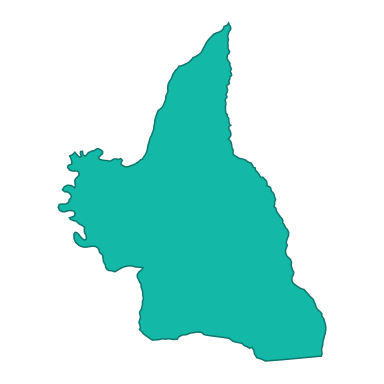 outline of Alto Taquari, Mato Grosso, Brazil
{"feature_id": "56859067B17966611990253", "entity_name": "Alto Taquari", "entity_type": "district", "adm_level": 2, "iso_a3": "BRA", "parent_name": "Brazil", "parent_adm1": "Mato Grosso", "projection": "robinson", "projection_center": [-53.322, -17.773], "detail": "fine", "context": "isolated", "style": "filled", "palette": "teal", "viewbox_px": 384, "rotation_deg": 0, "n_neighbors": 0, "source": "geoboundaries", "source_scale": "gbopen_adm2", "svg_char_len": 5137}
<svg xmlns="http://www.w3.org/2000/svg" viewBox="0 0 384 384"><path d="M230.9,339.7L232.8,341.1L234.5,341.8L241.9,343.3L244.4,345.6L247.0,346.7L249.5,348.2L251.8,347.3L252.7,348.8L253.9,350.3L254.4,353.6L255.9,356.1L256.8,357.7L262.0,359.3L265.3,361.0L275.9,360.2L278.7,360.0L290.2,359.0L321.4,356.1L322.1,353.5L321.5,349.9L322.0,347.5L322.7,345.2L322.8,342.9L323.2,340.4L323.9,338.3L324.4,335.7L325.2,333.8L325.4,331.9L325.7,330.0L325.8,327.7L325.4,324.4L324.6,321.7L323.9,319.0L322.8,317.6L321.7,315.9L321.9,313.8L320.5,312.0L318.8,310.6L316.8,308.5L315.8,306.3L315.4,304.3L314.3,302.4L313.4,299.6L311.6,297.7L310.3,296.7L308.9,295.1L307.5,293.3L305.6,291.3L304.1,289.6L302.0,288.9L299.9,288.1L296.6,285.9L294.8,284.5L293.0,283.0L291.9,280.6L291.9,277.5L293.4,274.8L293.8,272.1L292.4,269.8L291.8,267.8L291.2,265.3L291.5,262.4L290.6,259.7L289.3,258.3L287.7,256.9L286.6,255.6L285.6,252.8L285.7,249.6L286.5,247.6L287.3,245.2L286.2,242.8L286.6,240.7L287.3,238.6L288.6,235.3L288.6,232.1L287.3,229.5L285.9,228.0L284.7,226.0L283.8,224.1L282.6,222.9L282.9,220.6L282.1,218.8L280.5,217.1L279.1,215.0L278.0,213.4L276.5,211.3L275.8,208.1L274.1,206.6L274.6,204.3L274.8,201.5L275.6,199.1L274.5,197.0L274.3,195.0L273.0,192.7L271.3,191.0L270.7,187.8L269.4,186.6L267.2,185.9L266.9,183.2L266.4,181.0L264.8,179.3L262.9,177.2L260.9,177.4L259.7,175.8L258.9,174.3L257.5,172.3L255.4,169.9L255.2,167.9L253.4,167.4L252.5,165.1L250.8,162.8L248.6,162.3L246.4,160.7L244.8,159.7L242.4,159.0L239.0,158.2L236.6,156.6L235.0,155.8L233.4,154.5L232.9,152.3L233.2,150.0L232.0,147.8L231.6,144.7L231.1,142.3L230.1,140.5L228.2,139.2L229.7,137.4L230.8,135.6L230.9,133.6L230.1,130.7L228.5,128.4L229.2,126.4L230.7,125.4L229.4,123.9L229.0,122.1L228.7,119.8L228.6,118.0L227.2,116.6L227.4,114.6L225.8,113.0L225.5,110.4L225.5,108.1L225.4,106.3L225.9,104.4L225.7,101.9L225.1,100.1L225.9,98.4L227.1,97.1L225.9,94.6L227.0,92.4L227.6,90.5L227.1,88.4L226.7,85.4L229.4,83.8L228.8,80.7L229.8,79.2L229.9,77.0L231.7,75.3L231.2,73.4L230.2,71.1L231.4,69.1L230.8,67.5L229.8,65.5L230.0,63.3L228.5,61.1L227.0,58.6L227.5,54.8L229.1,53.1L229.6,51.3L228.5,49.7L228.0,47.7L228.1,45.2L227.7,42.5L228.5,39.9L227.9,37.6L227.7,35.8L228.6,32.6L229.5,31.0L230.8,29.1L230.4,26.5L229.2,24.7L228.6,23.0L226.8,25.4L224.1,26.5L223.2,29.0L221.4,30.8L219.3,32.0L216.9,32.7L213.7,34.2L210.7,37.3L208.4,39.9L206.5,42.4L205.1,45.3L203.7,47.5L202.7,49.7L201.3,52.3L199.4,54.2L194.9,57.1L193.3,57.3L191.6,59.6L189.3,61.8L187.7,63.0L183.8,64.8L181.3,65.9L179.0,66.1L177.7,68.3L175.4,70.5L173.9,72.8L172.9,74.4L171.4,78.4L169.0,82.2L168.2,84.1L167.7,87.2L167.9,91.3L167.4,93.0L165.9,96.1L165.6,99.8L164.4,102.9L163.5,104.8L162.7,106.6L160.7,108.7L158.0,110.8L156.0,116.1L154.8,120.5L154.7,123.0L154.0,125.8L153.7,129.4L152.7,132.0L151.7,134.9L150.5,137.1L149.6,139.7L149.2,141.5L148.6,143.3L147.9,145.8L147.3,149.6L146.5,152.2L144.8,155.6L143.4,157.5L142.1,159.4L140.4,159.9L138.5,161.9L133.9,164.7L130.9,165.6L128.3,166.7L125.8,166.9L123.5,166.0L121.0,164.5L121.2,162.4L122.4,160.3L120.8,158.6L118.1,159.5L116.3,158.9L113.9,159.0L110.2,161.2L107.0,160.6L104.1,160.4L101.6,159.9L99.0,159.2L99.0,157.0L102.6,153.5L102.6,151.5L101.0,150.0L98.0,148.6L96.4,149.0L94.5,150.6L91.6,151.2L88.6,152.4L87.0,154.4L85.3,156.1L83.0,154.9L82.5,151.3L80.6,151.5L80.3,153.4L81.4,156.7L79.4,157.1L76.7,154.6L74.9,152.2L72.9,154.4L71.4,155.2L69.6,155.9L71.0,158.8L71.7,161.2L71.7,164.0L68.1,165.5L67.7,167.6L69.6,170.1L71.4,170.8L73.1,171.1L75.5,171.0L77.4,171.1L78.8,172.1L79.0,175.3L77.2,177.2L75.8,178.5L74.7,180.5L75.4,186.3L74.5,187.8L71.6,185.6L67.6,185.2L65.8,185.9L64.1,187.0L62.4,189.7L64.6,191.8L66.7,191.7L69.1,192.8L71.0,195.3L71.3,197.5L69.1,199.9L68.9,202.0L66.1,204.0L61.2,204.0L59.3,204.5L58.2,207.4L59.5,210.1L62.2,211.7L64.8,211.8L68.6,210.6L70.7,210.5L73.9,211.1L75.1,213.4L74.5,215.9L72.1,217.0L69.4,217.7L70.3,219.3L73.6,220.7L76.1,221.1L79.1,223.9L81.3,225.0L83.7,226.5L84.7,228.0L84.2,230.0L84.7,233.1L86.2,235.5L86.3,237.5L85.9,239.6L84.4,240.0L82.6,238.8L81.3,237.7L78.8,234.4L77.1,232.8L75.3,232.3L74.0,234.0L73.9,236.4L74.2,239.1L75.8,242.6L79.0,245.4L82.0,246.7L83.9,247.1L85.9,247.1L87.5,247.0L91.5,246.3L93.5,246.2L95.9,246.6L97.7,247.8L98.9,249.8L99.7,252.6L101.6,254.1L102.7,255.4L103.1,259.1L103.5,261.2L104.2,263.1L105.3,264.9L105.7,267.4L107.1,269.5L108.7,270.5L111.9,270.8L114.9,271.8L120.1,268.7L123.6,267.0L128.0,265.9L131.0,265.9L133.1,266.2L135.2,266.9L137.6,267.1L140.9,267.3L143.0,267.8L141.9,269.6L140.3,270.9L138.8,272.1L137.3,274.5L137.3,277.2L138.9,280.3L139.7,282.4L141.0,283.9L141.1,287.1L142.0,289.5L142.7,292.1L142.8,295.1L143.4,298.7L142.4,301.6L142.5,304.5L141.8,307.4L141.4,309.2L140.2,310.9L139.5,312.8L140.0,314.7L140.5,317.2L139.7,320.0L138.9,322.7L139.9,324.9L140.4,327.9L139.5,329.6L141.6,331.5L143.6,334.0L151.3,339.5L152.9,340.1L155.6,339.8L158.5,339.7L160.7,339.2L163.0,338.8L165.7,339.2L167.4,338.8L169.3,338.8L171.5,339.2L173.6,339.5L177.2,339.2L178.9,336.7L182.4,335.0L185.2,334.8L187.6,334.3L190.4,333.0L192.8,332.8L196.9,332.0L198.9,332.2L201.8,332.4L203.6,334.3L205.2,334.9L210.9,335.8L229.1,338.2L230.9,339.7Z" fill="#14b8a6" stroke="#0f766e" stroke-width="1.5"/></svg>